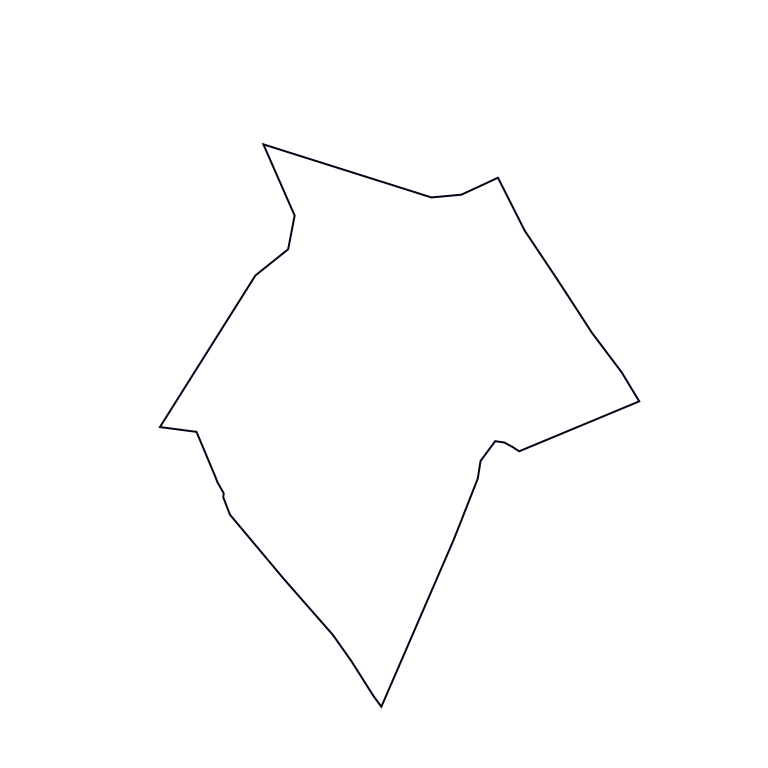 Moughataa d'Enneama, Hodh ech Chargui, Mauritania, rotated 326°
{"feature_id": "47542326B75019227159374", "entity_name": "Moughataa d'Enneama", "entity_type": "district", "adm_level": 2, "iso_a3": "MRT", "parent_name": "Mauritania", "parent_adm1": "Hodh ech Chargui", "projection": "robinson", "projection_center": [-7.374, 16.407], "detail": "fine", "context": "isolated", "style": "outline", "palette": "ink", "viewbox_px": 768, "rotation_deg": 326, "n_neighbors": 0, "source": "geoboundaries", "source_scale": "gbopen_adm2", "svg_char_len": 658}
<svg xmlns="http://www.w3.org/2000/svg" viewBox="0 0 768 768"><g transform="rotate(326 384 384)"><path d="M585.9,541.1L586.5,528.5L587.6,507.4L585.0,457.9L585.4,437.3L586.1,394.5L586.4,335.6L593.8,276.7L553.9,270.3L527.6,255.8L418.0,117.9L404.1,194.4L379.9,218.7L338.1,222.1L261.0,256.1L174.2,294.4L174.7,294.9L201.3,318.4L201.8,318.6L201.8,318.8L192.2,367.1L191.0,372.3L190.0,385.0L187.4,388.0L183.2,406.1L191.9,489.4L201.3,563.4L202.0,595.5L200.8,636.3L201.3,650.1L353.6,552.8L356.7,550.7L370.3,541.4L408.9,514.8L421.0,501.8L444.2,493.6L451.0,499.7L455.6,508.6L458.4,515.4L466.5,517.0L585.9,541.1Z" fill="none" stroke="#020617" stroke-width="2"/></g></svg>